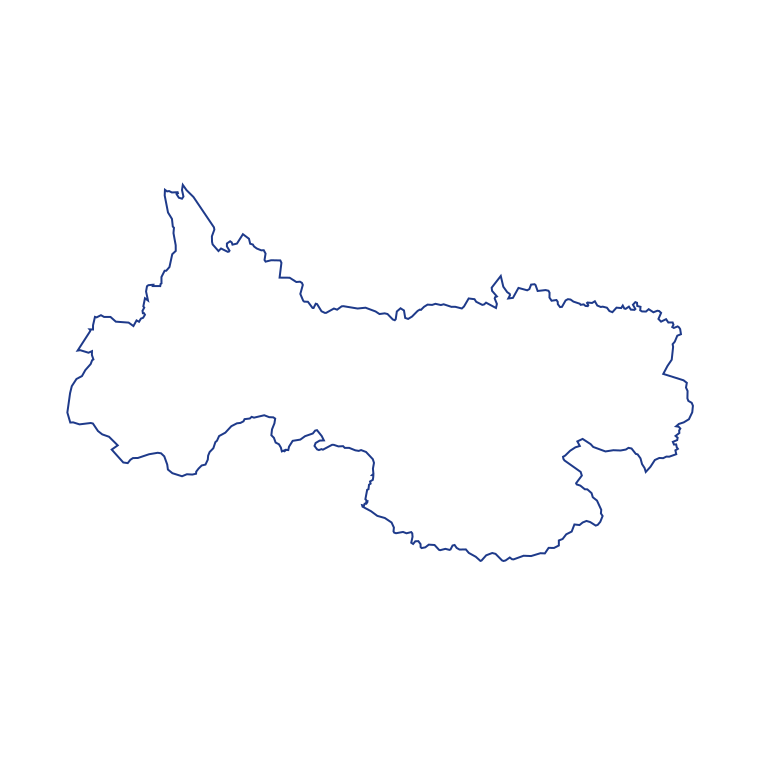 the district of Calnali, Hidalgo, Mexico, rotated 201°
{"feature_id": "50627088B12242639821248", "entity_name": "Calnali", "entity_type": "district", "adm_level": 2, "iso_a3": "MEX", "parent_name": "Mexico", "parent_adm1": "Hidalgo", "projection": "albers", "projection_center": [-98.548, 20.904], "detail": "fine", "context": "isolated", "style": "outline", "palette": "blue", "viewbox_px": 768, "rotation_deg": 201, "n_neighbors": 0, "source": "geoboundaries", "source_scale": "gbopen_adm2", "svg_char_len": 6139}
<svg xmlns="http://www.w3.org/2000/svg" viewBox="0 0 768 768"><g transform="rotate(201 384 384)"><path d="M643.2,497.8L642.1,492.7L638.4,487.1L639.0,484.6L642.3,484.4L645.8,487.0L646.0,487.7L644.8,488.3L645.4,489.1L650.7,486.8L653.8,487.1L655.5,486.1L658.1,486.8L656.3,481.4L647.1,466.7L641.1,462.1L637.6,455.3L636.1,454.6L634.6,449.4L628.2,438.9L626.1,433.6L628.2,429.3L626.2,416.3L627.9,411.7L629.4,411.1L630.1,404.1L627.8,398.2L628.4,397.3L628.0,395.2L634.9,392.6L634.9,394.0L635.4,393.8L639.4,391.8L640.3,390.3L639.3,385.1L634.3,377.4L637.9,378.4L636.5,370.2L635.2,369.4L635.7,365.8L634.5,363.7L633.5,364.1L632.0,363.0L632.6,359.5L634.4,357.9L635.0,354.3L637.8,354.7L638.7,348.3L644.4,349.8L656.7,346.1L663.4,348.6L669.4,346.3L672.9,346.8L676.2,343.2L677.9,343.1L676.7,334.6L675.2,330.6L678.4,329.5L677.3,328.9L677.3,327.8L682.0,305.4L679.7,306.7L671.1,307.3L668.4,310.0L667.1,306.4L664.1,302.8L665.0,301.6L665.0,297.5L667.8,290.0L668.8,283.2L672.9,278.5L674.7,270.1L673.8,263.0L669.4,243.9L663.1,235.6L660.4,236.8L653.8,237.2L643.8,242.5L641.6,242.8L634.2,237.6L629.0,236.0L621.8,236.2L610.6,231.3L614.7,225.2L599.3,217.3L594.9,218.3L593.6,222.4L591.8,224.9L587.3,226.7L578.2,234.2L570.6,238.7L567.3,239.4L563.2,237.7L557.5,231.1L555.1,226.7L549.6,224.9L539.5,225.5L535.7,229.1L530.4,230.8L527.3,232.9L527.9,234.9L526.8,238.6L525.0,242.6L521.8,244.8L521.4,250.2L522.5,254.1L522.4,258.0L520.3,262.9L520.6,269.3L519.6,271.2L519.3,276.3L514.7,281.7L511.4,289.9L507.2,294.6L504.1,296.2L501.8,298.8L501.6,301.2L496.9,303.7L495.8,305.9L493.3,306.0L484.6,311.9L479.3,311.9L475.4,313.2L473.2,312.7L472.2,308.0L472.3,301.5L470.8,295.8L467.5,294.3L464.2,290.5L460.5,290.1L457.5,287.7L455.2,284.5L453.5,286.1L453.6,285.5L452.8,285.5L451.8,287.4L449.7,288.0L450.2,291.5L448.9,298.2L442.2,302.1L439.0,307.0L432.7,312.3L431.6,315.8L430.0,316.9L423.5,313.1L419.9,309.8L423.8,308.1L426.7,304.4L426.7,301.3L423.0,299.0L421.1,299.0L419.0,300.8L417.5,300.8L410.7,308.6L409.1,309.2L404.2,309.4L399.9,311.3L397.8,310.3L393.6,311.9L387.0,311.8L383.6,312.5L381.7,314.1L376.4,314.1L367.5,309.8L365.1,306.8L364.0,301.0L361.7,296.4L362.5,294.6L361.2,294.9L360.7,293.3L360.1,290.5L362.1,288.0L360.8,286.2L361.9,284.6L360.8,280.2L361.8,279.2L360.1,269.8L358.4,268.9L358.3,267.8L357.4,268.5L357.2,267.8L357.6,265.9L359.2,265.3L359.1,263.2L361.0,263.0L360.1,261.8L350.6,260.6L343.0,258.5L335.2,259.2L327.3,257.4L323.3,253.5L322.3,249.8L321.2,248.9L319.3,249.0L313.2,252.7L309.5,252.7L305.5,255.5L304.1,254.7L302.6,251.6L301.7,245.6L299.5,245.1L298.4,248.4L295.6,249.6L292.5,247.6L291.4,244.9L290.1,244.3L286.9,246.3L284.6,250.1L279.1,251.8L273.2,248.9L272.0,249.0L267.6,252.1L263.4,252.6L262.6,253.4L262.1,257.8L260.4,259.0L257.4,257.0L254.2,256.5L248.3,258.9L244.3,256.7L236.4,255.6L230.6,253.4L229.7,254.1L227.2,260.7L222.4,265.0L219.0,265.4L210.6,261.6L209.0,261.6L207.3,262.8L204.4,267.1L201.7,266.3L200.2,266.7L192.1,273.7L185.0,276.1L177.3,282.1L173.1,283.5L171.6,290.0L166.5,291.9L162.9,295.9L164.7,300.6L161.7,303.3L160.0,309.0L155.9,313.5L155.9,321.1L150.9,322.4L148.9,325.9L145.9,328.7L142.0,329.0L135.6,327.7L134.0,329.1L132.7,332.8L132.6,339.1L135.1,340.9L136.1,344.4L143.4,351.5L148.5,353.1L151.1,356.5L156.4,358.5L158.8,357.7L164.3,359.5L168.1,359.3L169.1,360.2L166.5,369.4L168.9,372.4L188.1,377.3L189.6,378.3L190.8,380.2L189.2,382.1L186.3,388.4L182.6,393.5L179.0,396.3L182.9,399.7L178.9,403.9L169.5,401.9L166.1,400.2L153.1,400.4L146.1,404.4L139.3,406.7L134.7,409.5L132.9,412.0L129.8,412.5L123.9,409.0L122.0,409.2L117.9,406.5L114.4,401.7L110.6,398.9L108.1,395.7L105.6,402.1L103.9,410.1L100.5,413.6L96.8,414.8L94.4,417.4L91.6,418.4L86.0,423.2L88.2,426.5L86.4,428.8L88.0,429.8L89.6,432.3L91.6,431.4L93.6,433.5L90.2,436.7L90.6,439.1L93.2,440.0L90.7,444.1L91.8,446.4L91.4,448.6L93.6,449.7L96.1,449.2L94.4,452.4L90.4,455.6L86.7,460.4L86.1,468.1L87.8,474.4L90.0,476.7L93.8,477.3L95.6,479.3L98.1,486.3L100.8,488.9L101.7,493.6L105.7,494.8L126.9,493.5L125.8,502.5L124.1,509.8L127.4,522.3L128.8,524.6L127.7,527.7L127.5,534.2L124.6,536.9L127.2,541.4L128.9,542.6L130.5,543.0L133.5,540.2L135.3,540.5L135.0,543.1L136.6,544.9L140.6,543.3L143.9,545.6L147.7,541.5L151.1,543.1L150.8,549.7L153.3,550.7L155.0,550.4L158.2,547.5L163.7,548.7L165.4,545.5L169.2,544.2L171.2,544.6L172.2,548.0L175.5,547.6L176.9,550.5L178.7,550.5L180.0,547.2L176.2,544.1L176.7,543.0L180.2,541.9L183.1,544.0L185.3,540.8L186.7,540.6L189.2,542.8L189.8,539.9L194.3,538.6L196.5,532.9L199.7,532.9L203.2,535.1L207.5,534.6L209.2,533.6L213.0,533.7L216.8,536.8L218.8,534.2L223.2,533.0L223.5,532.4L221.5,530.7L221.7,529.7L223.9,529.1L226.1,529.9L228.8,528.4L230.0,529.1L236.7,528.8L240.1,529.7L242.7,529.1L244.4,527.1L245.5,519.8L247.2,518.9L250.3,520.8L251.3,523.0L253.1,524.2L257.4,521.8L260.5,524.0L262.2,528.6L263.9,530.0L266.8,529.6L273.9,525.9L278.0,530.7L279.2,531.1L282.3,529.5L282.3,524.7L283.9,522.8L292.9,521.9L294.5,510.6L298.6,508.4L298.2,512.1L299.0,513.2L301.9,513.9L307.5,517.6L313.7,526.7L318.0,512.5L316.5,509.7L310.0,506.2L311.4,504.8L311.3,503.5L307.3,499.2L306.7,495.1L317.9,496.5L319.1,494.1L320.6,493.1L327.4,493.8L329.9,495.6L335.6,494.2L337.1,485.0L338.4,482.4L345.2,481.6L348.7,480.2L356.9,479.8L359.2,478.1L364.7,477.3L367.4,475.1L371.8,473.7L374.3,470.4L376.1,466.4L377.2,466.3L378.8,464.3L382.0,457.0L384.8,453.4L387.9,453.3L391.7,459.8L395.7,460.6L398.0,456.3L396.3,448.7L396.8,447.4L398.9,447.4L405.8,450.6L408.7,450.2L413.3,447.7L417.9,448.7L428.6,448.6L435.7,445.0L449.8,442.1L451.4,441.3L454.4,436.6L457.8,436.5L463.5,429.7L464.7,429.2L468.4,429.5L475.1,434.6L476.5,434.5L477.0,429.7L478.0,429.4L484.5,433.5L488.0,432.3L489.3,432.8L494.4,438.1L495.3,447.4L496.9,449.0L499.1,449.4L502.4,447.8L510.2,449.4L519.6,445.9L523.2,460.4L525.1,462.2L533.7,459.1L538.4,455.8L540.0,457.0L541.3,463.3L544.2,465.8L546.5,464.8L551.3,464.9L554.6,465.8L556.4,467.2L559.2,467.0L562.1,471.2L569.4,473.3L571.6,462.4L575.4,459.8L576.9,461.6L578.8,462.1L581.0,458.9L580.0,456.2L576.0,453.1L576.2,452.1L577.2,451.4L584.7,452.1L586.2,448.8L594.0,452.9L595.5,455.1L597.6,460.2L597.7,467.3L598.9,469.3L628.9,490.3L637.8,494.2L643.2,497.8Z" fill="none" stroke="#1e3a8a" stroke-width="2"/></g></svg>